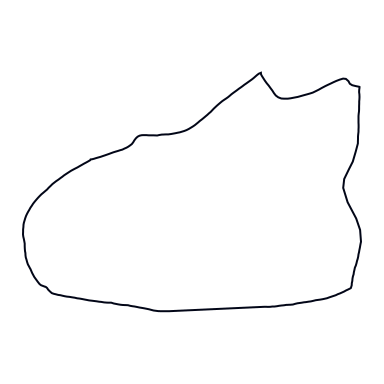 Mudiyah, Abyan, Yemen (orthographic projection)
{"feature_id": "15242507B27730634492451", "entity_name": "Mudiyah", "entity_type": "district", "adm_level": 2, "iso_a3": "YEM", "parent_name": "Yemen", "parent_adm1": "Abyan", "projection": "orthographic", "projection_center": [46.206, 13.949], "detail": "fine", "context": "isolated", "style": "outline", "palette": "ink", "viewbox_px": 384, "rotation_deg": 0, "n_neighbors": 0, "source": "geoboundaries", "source_scale": "gbopen_adm2", "svg_char_len": 4184}
<svg xmlns="http://www.w3.org/2000/svg" viewBox="0 0 384 384"><path d="M359.5,86.9L359.3,86.8L355.8,86.1L352.2,85.2L349.8,83.7L348.5,81.2L345.9,78.9L343.1,78.6L339.8,79.6L336.4,80.9L333.5,82.2L330.8,83.5L328.0,84.8L325.3,86.1L321.7,88.0L318.9,89.6L315.7,91.2L312.8,92.6L310.0,93.5L307.2,94.3L303.9,95.2L300.7,96.1L297.9,96.9L294.2,97.6L290.6,98.3L287.5,98.7L284.5,98.7L281.3,98.5L278.2,97.3L275.8,95.5L274.0,93.2L272.3,90.5L270.5,88.1L268.7,85.6L266.7,83.2L264.9,80.7L263.3,78.2L261.6,75.5L261.0,74.2L260.9,72.8L258.8,73.7L257.1,75.0L255.5,76.4L253.8,77.9L252.2,79.2L250.4,80.5L248.3,82.0L246.2,83.5L244.3,84.8L242.5,86.2L240.7,87.5L238.8,88.8L237.0,90.2L235.2,91.5L233.4,92.8L231.4,94.3L229.7,95.8L228.0,97.2L226.3,98.4L224.2,99.8L222.3,101.1L220.6,102.5L218.6,104.2L217.0,105.6L215.4,107.1L213.8,108.6L212.2,110.3L210.7,111.9L209.0,113.3L207.3,114.9L205.5,116.4L203.6,118.0L201.9,119.4L199.9,120.9L198.2,122.4L196.5,123.8L194.9,125.1L193.0,126.4L190.7,127.8L188.9,128.9L186.5,130.1L184.2,131.0L182.2,131.6L179.9,132.3L177.8,132.7L175.5,133.2L173.3,133.6L171.1,134.0L168.3,134.4L166.1,134.4L164.0,134.5L161.7,134.6L159.3,135.0L157.2,135.5L155.1,135.4L152.9,135.3L150.5,135.3L150.4,135.3L148.4,135.3L146.0,135.1L143.9,135.1L141.7,135.2L139.5,135.7L137.6,136.7L135.9,138.3L134.3,140.4L133.2,142.3L131.8,144.1L130.1,145.4L128.4,146.6L126.5,147.7L124.4,148.6L122.4,149.6L120.2,150.2L118.1,150.9L115.7,151.6L113.4,152.3L111.2,153.1L108.8,154.0L106.8,154.7L104.8,155.4L102.7,156.1L100.4,156.9L98.2,157.5L96.1,158.1L93.9,158.8L91.9,159.3L90.6,159.4L90.2,160.2L87.8,161.6L85.8,162.7L83.9,163.7L82.0,164.8L79.7,166.1L77.5,167.4L75.3,168.5L73.2,169.6L71.0,170.8L68.7,172.3L66.4,173.8L64.0,175.4L62.4,176.7L60.7,177.9L58.6,179.5L56.1,181.2L54.3,182.6L52.4,184.1L50.5,186.0L48.6,187.8L47.1,189.5L45.2,191.1L43.1,192.9L41.4,194.3L39.8,195.9L38.0,197.8L36.0,200.1L34.5,201.9L33.1,203.7L31.7,205.9L30.5,207.6L29.2,210.0L28.1,211.8L27.0,213.9L26.1,215.8L25.2,218.3L24.5,220.7L23.9,222.7L23.5,224.8L23.4,227.0L23.1,229.5L23.1,231.8L23.0,234.4L23.3,236.7L23.9,239.2L24.3,241.3L24.7,243.6L24.7,246.1L24.8,248.5L25.0,251.0L25.4,253.1L25.5,255.4L25.8,257.5L26.5,259.7L27.1,262.0L27.9,264.4L28.9,266.2L30.1,268.5L30.4,268.9L32.1,272.9L34.3,277.0L37.7,281.7L39.5,284.0L41.0,285.2L44.4,286.5L44.6,286.5L44.8,286.7L45.5,286.8L45.9,287.0L46.2,287.3L47.0,287.9L48.2,289.7L49.9,291.4L51.8,293.1L53.8,293.8L55.9,294.3L58.1,294.9L60.4,295.2L62.4,295.7L64.6,296.2L66.8,296.6L69.7,296.9L72.0,297.3L74.7,297.7L77.2,298.3L79.8,298.6L82.0,299.0L84.5,299.5L86.6,299.9L89.1,300.4L91.8,300.7L94.2,301.0L96.6,301.3L99.0,301.7L101.2,301.9L104.1,302.4L106.6,302.6L109.1,302.7L111.3,302.7L113.8,303.5L115.9,303.9L118.4,304.4L120.9,304.8L123.0,305.0L125.7,305.1L128.0,305.2L130.1,305.8L132.3,306.2L134.6,306.5L137.1,307.0L139.4,307.5L141.9,307.9L144.2,308.3L146.7,308.8L149.1,309.3L151.3,309.9L153.6,310.5L155.9,310.8L158.2,311.1L160.7,311.2L163.0,311.2L165.2,311.2L167.4,311.2L169.1,311.2L177.6,310.8L264.3,306.8L266.0,306.8L268.2,306.9L270.4,306.8L272.5,306.5L273.5,306.5L274.7,306.5L277.0,306.2L279.1,305.8L281.5,305.5L283.8,305.3L286.3,304.9L288.7,304.8L290.9,304.7L293.0,304.5L295.3,303.8L297.4,303.3L299.6,303.0L301.7,302.7L303.9,302.3L306.0,302.1L308.4,301.7L310.8,301.4L313.0,300.9L315.8,300.2L318.1,299.9L320.3,299.6L322.6,299.2L324.9,298.7L327.1,298.2L329.2,297.4L331.3,296.7L333.4,296.0L335.8,295.2L337.8,294.2L340.0,293.4L342.0,292.5L344.2,291.5L346.1,290.4L348.1,289.5L350.1,288.5L350.8,288.1L351.0,287.6L351.7,285.3L351.8,283.2L352.3,281.0L352.5,278.6L352.9,276.5L353.6,274.3L353.9,272.1L354.4,270.0L354.9,267.6L355.8,265.6L356.5,263.2L357.0,261.0L357.7,258.8L358.2,256.6L358.5,254.3L359.0,252.3L359.4,250.0L359.9,247.6L360.3,245.2L360.7,243.1L361.0,241.8L360.1,229.9L356.2,218.5L347.6,202.2L343.2,187.9L344.2,179.0L349.0,169.1L352.8,161.6L355.7,151.7L357.9,143.4L357.9,141.7L358.0,139.1L358.0,136.6L358.2,134.3L358.5,131.8L358.5,129.6L358.6,127.4L358.6,125.1L358.5,122.6L358.5,120.5L358.5,118.3L358.5,116.0L358.7,113.7L359.0,111.4L359.1,109.0L359.1,106.2L359.2,103.7L359.2,101.4L359.4,99.3L359.5,97.0L359.4,94.4L359.1,92.1L359.2,89.9L359.5,87.8L359.5,86.9Z" fill="none" stroke="#020617" stroke-width="2"/></svg>